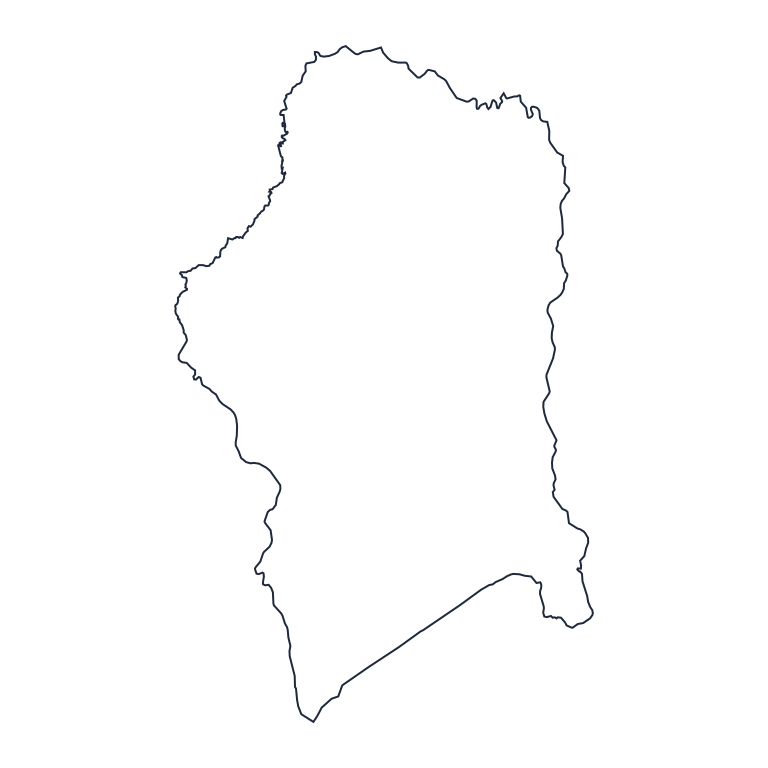 the district of Lacluta, Viqueque, East Timor
{"feature_id": "22284137B55605414153919", "entity_name": "Lacluta", "entity_type": "district", "adm_level": 2, "iso_a3": "TLS", "parent_name": "East Timor", "parent_adm1": "Viqueque", "projection": "robinson", "projection_center": [126.14, -8.806], "detail": "fine", "context": "isolated", "style": "outline", "palette": "slate", "viewbox_px": 768, "rotation_deg": 0, "n_neighbors": 0, "source": "geoboundaries", "source_scale": "gbopen_adm2", "svg_char_len": 6063}
<svg xmlns="http://www.w3.org/2000/svg" viewBox="0 0 768 768"><path d="M313.4,721.9L317.3,716.0L321.7,707.6L331.5,698.8L338.3,696.4L342.2,685.5L343.0,684.8L369.1,666.7L398.6,647.3L420.6,631.4L423.1,630.2L459.6,605.4L481.0,589.8L489.3,585.0L492.7,584.4L495.6,582.1L502.7,579.0L506.8,576.3L510.8,574.5L513.3,573.9L519.5,574.3L524.9,575.8L531.2,576.5L536.5,583.0L540.1,582.3L541.1,583.8L541.3,586.1L541.0,588.7L540.2,590.5L540.0,593.9L543.7,606.3L543.9,608.2L543.2,612.7L544.3,616.5L546.7,617.1L551.0,616.0L552.7,617.7L554.7,617.3L556.6,618.4L557.7,617.3L561.0,617.7L565.1,622.5L566.6,625.4L571.5,627.6L572.8,627.6L577.8,624.0L583.1,623.1L590.0,618.4L592.5,614.9L592.8,612.9L592.3,610.2L590.3,607.2L588.2,602.1L587.1,595.8L582.5,581.3L582.0,573.9L580.2,571.5L579.3,571.6L577.3,569.5L577.8,568.4L580.9,568.6L581.1,565.3L580.1,560.7L584.3,556.1L586.1,548.3L588.2,542.7L588.0,537.9L585.1,533.0L583.6,531.4L580.2,529.3L577.6,528.6L569.0,523.2L567.5,512.0L566.0,510.5L562.4,509.0L553.6,496.9L552.8,492.1L554.6,489.7L553.5,485.3L553.7,483.3L555.6,479.3L555.0,475.4L552.3,468.5L552.0,462.6L552.7,457.2L555.6,451.6L556.0,449.9L554.4,446.9L554.3,445.6L556.5,440.3L546.8,421.3L544.4,413.5L543.3,407.1L543.5,401.9L549.2,393.2L549.7,391.3L546.4,377.4L546.5,374.7L553.0,358.5L554.9,349.8L554.8,347.2L552.6,342.4L551.7,338.3L551.9,332.7L553.2,326.1L550.9,318.6L547.8,312.8L547.4,310.4L547.7,308.5L548.7,305.1L550.4,302.5L557.7,297.5L560.8,294.6L562.3,292.2L563.8,288.9L564.1,283.2L565.8,280.5L567.4,275.5L567.2,273.7L565.5,272.2L564.3,268.4L563.0,266.5L561.2,255.2L560.2,253.5L557.1,251.0L556.6,249.8L556.5,247.9L557.7,245.8L558.0,241.4L561.2,237.3L562.9,234.0L562.1,218.5L560.3,207.8L560.7,203.9L562.0,200.8L564.1,198.4L566.3,194.1L569.3,190.9L568.7,188.0L564.3,183.1L565.3,167.4L563.8,165.8L562.6,162.1L563.0,155.8L557.2,152.5L550.3,142.8L549.1,139.8L549.3,131.1L547.3,121.9L543.3,121.4L541.1,120.1L540.0,118.0L539.3,110.7L537.2,107.9L533.6,106.7L531.8,106.9L531.1,107.8L530.9,109.6L532.8,114.1L532.1,116.2L529.8,117.7L528.6,117.8L527.8,117.2L526.1,107.7L520.8,101.7L520.1,95.7L519.1,95.3L517.3,96.4L514.1,96.5L507.0,98.5L506.2,98.0L503.7,93.3L500.4,98.1L502.2,101.1L501.9,102.3L500.3,103.7L498.6,108.2L497.4,108.1L497.1,107.4L496.1,102.6L493.9,100.3L493.2,100.1L492.4,101.0L490.5,107.0L488.4,109.0L487.1,107.0L486.3,104.0L485.4,103.3L481.8,104.7L480.2,105.8L478.4,108.8L477.1,108.8L476.6,107.6L476.7,100.8L475.3,98.8L473.2,98.5L468.8,101.4L466.7,101.7L456.7,98.0L449.8,87.9L446.2,81.1L444.5,79.4L437.9,75.5L434.8,71.4L428.9,69.9L427.6,70.2L424.6,73.9L419.7,77.6L417.5,77.4L408.6,68.7L408.1,65.7L406.8,63.2L405.8,62.6L398.1,62.6L391.6,61.2L388.1,58.4L383.1,52.6L381.0,47.5L370.0,50.9L363.4,51.6L357.9,54.3L355.8,54.0L354.3,53.1L345.7,46.1L342.0,47.4L339.6,49.3L337.6,52.1L334.9,53.8L329.0,56.0L323.9,56.6L321.0,56.1L320.1,55.6L318.5,52.9L317.0,52.1L314.9,52.0L314.9,54.4L316.0,56.6L315.9,59.8L314.3,61.9L306.5,63.4L305.4,65.7L305.7,71.4L302.7,75.6L301.3,82.0L299.5,83.6L296.9,84.3L295.3,86.1L292.7,87.7L290.9,93.0L286.9,94.6L286.0,95.7L286.5,96.9L284.2,101.0L286.6,108.7L285.7,109.6L283.1,109.9L281.2,111.1L280.2,113.4L280.3,114.7L280.8,115.0L283.6,115.0L284.5,123.1L283.5,123.4L282.8,122.9L282.3,123.6L282.6,126.2L283.1,126.4L285.1,124.8L285.3,126.3L284.7,128.7L285.1,131.2L285.9,132.1L287.4,131.8L287.7,132.6L287.1,133.6L283.7,135.6L282.5,136.0L282.1,135.6L281.7,136.1L281.8,137.1L282.6,138.1L284.7,139.1L285.4,140.2L282.8,141.9L282.8,143.5L281.2,143.4L280.7,142.3L279.7,142.8L279.5,143.3L280.4,144.2L281.1,146.1L280.7,146.3L278.8,144.9L278.1,145.3L280.6,155.0L281.1,156.4L282.4,157.4L282.2,158.2L282.9,160.0L282.9,160.6L282.3,160.6L282.1,161.3L282.2,163.2L281.5,165.7L281.7,168.3L282.7,167.9L281.7,173.1L282.6,173.9L285.1,172.5L285.4,173.5L284.1,175.6L284.1,178.2L282.2,182.3L279.7,183.2L279.2,184.2L276.9,186.1L273.2,187.5L272.5,189.1L269.7,189.6L269.9,191.0L269.3,191.7L271.2,192.1L271.5,193.1L269.9,194.3L269.6,195.7L268.5,196.3L270.1,200.4L270.1,201.3L269.1,202.6L268.7,204.9L267.9,205.6L265.2,205.5L264.5,206.3L264.0,209.4L263.3,210.4L261.1,211.7L259.7,213.7L257.6,215.3L257.6,216.7L254.5,219.1L254.5,220.7L253.0,224.3L250.6,226.7L248.9,226.1L247.5,228.3L247.8,230.9L245.7,232.6L243.1,236.2L242.6,238.0L240.1,237.0L239.1,237.8L237.6,237.0L236.2,237.0L235.5,238.1L234.7,238.0L232.4,239.5L228.1,238.2L227.2,243.5L225.8,245.3L225.3,247.2L221.9,248.8L221.0,250.0L220.3,251.9L220.1,256.4L218.8,257.4L216.7,257.6L216.3,257.1L215.3,257.5L212.6,263.1L210.3,264.1L209.4,265.7L206.4,266.2L203.0,265.1L198.7,265.1L195.4,268.1L192.5,268.5L190.7,270.7L187.8,271.3L186.5,272.3L180.9,272.2L180.1,273.2L180.4,274.0L181.8,275.0L182.4,277.1L186.2,277.9L186.8,280.5L186.1,283.6L185.4,284.5L185.8,286.2L185.3,287.4L187.0,288.8L186.9,289.8L182.6,291.9L180.0,294.6L179.6,296.2L177.9,297.7L178.1,300.8L177.6,302.9L176.9,304.2L175.6,305.0L175.2,306.3L175.7,308.7L175.3,311.0L175.9,313.7L178.2,316.9L177.9,318.7L178.4,319.5L179.4,319.4L179.8,322.1L182.1,325.2L183.7,330.2L183.7,332.7L185.7,335.0L186.9,339.8L186.6,341.4L178.7,354.7L178.7,359.1L180.5,361.2L182.2,362.2L186.7,362.9L191.1,367.6L195.1,370.4L195.1,374.5L193.4,376.6L194.2,379.4L195.9,379.6L198.7,377.0L200.5,377.7L202.1,384.3L203.4,385.6L209.4,388.9L211.7,391.5L216.0,394.5L219.3,400.7L222.5,404.0L230.6,409.4L233.5,412.5L235.0,415.0L236.2,418.7L237.1,425.7L236.8,435.7L235.7,442.2L235.7,445.4L238.6,451.2L241.1,458.0L246.1,462.1L250.5,463.3L254.0,462.9L259.1,463.7L266.2,467.6L270.0,470.8L280.2,485.1L280.4,488.9L279.7,491.6L276.9,497.7L275.8,504.9L272.6,509.2L270.0,509.9L267.7,512.1L264.5,521.5L265.0,522.8L270.6,530.2L272.0,539.9L271.5,542.8L269.6,546.7L264.1,551.8L263.1,553.4L260.3,561.6L255.6,567.3L255.0,568.4L255.2,569.9L256.6,573.7L258.8,574.1L262.5,572.6L263.5,573.3L263.9,576.4L262.9,582.8L263.1,584.3L265.2,585.3L268.6,584.8L271.1,587.8L272.9,592.3L273.4,603.3L273.9,605.4L281.1,613.3L282.5,615.7L284.9,623.4L287.0,627.1L287.7,629.8L288.4,637.5L290.4,646.0L289.5,651.0L289.7,656.1L294.7,676.0L295.0,686.9L296.0,688.6L297.1,700.1L298.2,706.2L301.3,714.2L313.4,721.9Z" fill="none" stroke="#1e293b" stroke-width="2"/></svg>